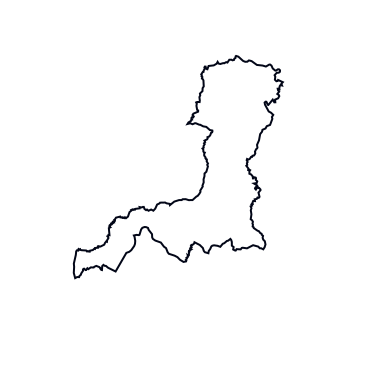 Jesús María, Santander, Colombia, rotated 321°
{"feature_id": "7082276B47652322340451", "entity_name": "Jesús María", "entity_type": "district", "adm_level": 2, "iso_a3": "COL", "parent_name": "Colombia", "parent_adm1": "Santander", "projection": "orthographic", "projection_center": [-73.834, 5.851], "detail": "fine", "context": "isolated", "style": "outline", "palette": "ink", "viewbox_px": 384, "rotation_deg": 321, "n_neighbors": 0, "source": "geoboundaries", "source_scale": "gbopen_adm2", "svg_char_len": 6099}
<svg xmlns="http://www.w3.org/2000/svg" viewBox="0 0 384 384"><g transform="rotate(321 192 192)"><path d="M331.7,163.8L329.4,159.1L328.4,159.6L327.3,159.0L327.1,156.9L329.3,154.8L329.7,153.2L332.8,152.7L334.6,153.9L336.0,153.9L337.0,152.8L336.8,151.4L335.9,150.7L333.6,150.5L333.1,150.0L332.5,146.8L333.3,143.8L332.9,142.1L332.2,141.6L328.4,141.0L326.4,138.1L322.4,134.1L320.7,127.8L319.4,126.0L318.9,125.5L317.1,125.6L315.3,124.3L314.2,122.3L313.2,116.0L311.9,114.0L311.3,114.0L310.1,115.2L308.8,115.0L307.8,115.8L306.4,115.2L305.8,113.9L304.2,112.7L301.0,113.7L300.3,112.6L298.0,112.2L297.4,111.5L294.5,110.3L293.5,108.9L293.8,107.0L291.9,107.8L288.6,107.3L284.2,104.5L281.2,106.3L280.9,105.9L280.9,104.3L281.5,103.1L280.9,102.6L279.9,103.1L279.4,104.4L277.7,104.8L276.5,105.9L275.9,105.5L273.2,106.4L273.2,107.4L272.2,108.1L272.4,109.2L271.1,110.1L271.4,111.2L271.1,112.5L267.6,117.3L265.6,118.0L263.6,120.2L260.1,120.5L259.2,122.1L257.5,122.9L255.6,125.9L254.5,126.9L252.7,125.3L251.6,125.0L251.3,126.4L249.7,127.8L247.7,131.4L248.1,132.5L247.3,133.4L242.4,132.0L240.9,132.5L240.9,134.4L239.8,134.8L239.0,133.9L238.0,134.2L237.6,135.8L236.7,135.5L236.1,136.1L233.0,135.7L231.3,136.3L233.9,137.5L235.1,139.7L237.6,140.4L238.3,141.1L240.0,144.3L240.7,144.9L242.0,148.0L244.1,150.4L244.9,155.1L246.5,157.0L246.2,157.6L245.2,158.3L244.1,158.0L242.0,159.3L240.3,159.7L238.5,159.1L238.0,160.1L237.0,160.6L234.3,160.0L234.4,160.4L233.5,161.0L233.5,161.5L232.0,161.7L232.0,162.8L229.8,163.6L229.0,164.9L227.5,164.8L227.5,166.1L226.3,167.7L226.2,169.1L226.6,169.5L225.4,170.1L224.4,171.4L224.3,173.7L223.7,174.2L223.6,175.4L224.0,175.7L223.9,176.3L222.7,177.4L222.3,180.0L220.9,180.5L220.5,182.1L215.9,185.3L213.4,185.5L211.6,187.6L209.0,189.4L207.1,191.9L204.2,193.6L203.8,194.5L199.3,196.1L198.7,197.2L196.7,198.0L194.0,198.6L192.5,198.3L187.3,198.6L184.3,196.2L182.6,193.6L180.1,191.7L178.9,191.8L177.0,190.2L172.2,188.3L166.6,188.3L167.2,187.2L165.1,184.8L164.5,183.3L160.5,180.2L159.5,180.4L157.0,179.8L153.0,181.8L150.2,182.2L149.2,179.9L146.4,179.2L146.0,177.3L144.9,177.2L144.4,175.3L145.4,172.5L145.1,172.9L143.1,172.3L142.0,171.0L141.9,171.5L141.5,171.4L141.1,171.8L137.6,169.6L136.5,169.8L136.3,169.0L135.1,168.9L134.9,168.1L133.4,167.7L133.3,168.3L130.8,168.3L126.8,170.8L124.2,170.8L124.0,169.5L122.3,170.0L122.8,169.7L122.7,169.3L121.8,168.5L122.2,168.1L121.7,167.6L120.4,166.7L120.7,165.9L116.8,164.1L115.0,164.7L114.3,165.5L113.9,165.0L113.3,165.9L112.6,165.5L112.3,166.3L111.7,165.7L111.3,166.5L110.9,166.5L110.9,165.6L109.8,165.8L110.4,166.4L110.1,166.5L109.3,165.8L109.0,166.5L107.9,166.0L107.6,166.0L107.6,166.5L106.4,166.5L106.5,167.1L105.7,167.4L106.0,168.0L104.6,167.8L100.7,173.6L100.0,172.8L99.3,173.4L98.4,173.2L98.4,174.6L97.9,175.3L95.8,176.0L94.6,177.1L94.3,176.4L92.1,176.9L90.7,177.7L86.5,176.8L85.0,175.0L84.7,175.0L84.6,176.1L84.1,176.3L81.4,174.5L80.7,175.2L80.2,174.6L78.4,174.7L75.8,173.4L75.0,174.0L74.2,173.2L74.0,172.4L73.0,172.2L72.9,170.8L69.6,167.8L68.7,166.6L69.0,166.0L68.3,165.8L68.0,164.9L67.0,165.3L67.2,165.8L66.8,166.0L65.7,164.9L64.6,165.3L62.1,167.8L55.1,173.3L53.3,176.0L49.2,180.5L47.0,185.4L49.2,185.8L50.7,187.1L51.8,186.4L53.5,186.4L54.6,185.6L57.8,184.6L58.4,183.7L59.3,183.4L60.0,183.8L60.1,185.6L60.6,186.0L62.7,185.4L62.9,186.7L65.9,186.9L68.1,188.8L68.9,188.6L71.1,189.2L72.7,192.0L72.9,193.1L72.5,193.7L72.5,195.5L72.9,196.0L75.6,193.1L77.3,192.9L77.6,194.3L78.6,195.3L79.1,198.0L82.6,205.7L102.7,198.0L105.6,199.0L108.2,199.0L113.1,197.6L115.1,196.4L117.1,194.3L119.2,190.6L119.5,189.2L121.9,190.4L123.6,192.1L124.3,192.2L128.9,189.1L130.9,188.6L133.0,189.3L134.1,190.2L135.2,192.2L134.5,194.1L134.4,199.6L132.5,202.2L132.1,203.8L132.9,206.6L136.0,211.7L135.8,216.8L136.5,219.3L135.2,223.4L135.1,225.4L138.4,230.5L139.7,233.5L140.0,237.1L141.4,241.0L143.7,242.2L144.6,241.6L144.6,240.8L146.1,240.5L146.3,239.7L147.5,240.0L148.1,239.2L148.6,239.2L148.9,238.5L149.1,239.3L149.9,239.1L150.9,237.8L152.4,236.8L152.0,236.4L152.6,235.8L154.7,236.1L154.3,235.6L155.5,235.1L155.2,234.7L155.8,234.4L156.1,235.0L156.6,235.0L156.5,234.1L157.5,233.8L157.6,232.9L158.2,232.8L158.4,233.4L161.1,233.4L162.3,232.6L164.7,238.1L165.2,242.4L164.1,245.2L164.1,246.9L166.2,249.9L167.9,248.4L170.2,247.8L172.7,246.5L174.0,246.5L175.6,247.3L178.0,249.9L179.5,252.4L183.3,251.6L184.9,252.1L188.3,252.0L189.5,252.6L192.3,252.6L192.3,253.9L191.5,255.9L189.2,258.8L189.7,261.0L187.8,262.6L188.6,264.5L189.1,265.0L190.7,264.5L193.7,267.2L195.5,266.8L196.3,267.2L199.3,270.4L206.0,271.8L209.1,276.1L209.3,278.4L210.3,279.2L211.3,281.4L213.7,280.6L216.1,279.0L217.6,276.1L217.4,273.8L218.1,272.0L219.6,270.8L219.3,269.1L219.8,268.2L219.2,266.8L219.3,264.5L218.6,263.4L217.3,258.9L217.7,258.2L217.4,257.0L218.8,255.8L219.1,254.6L220.6,253.5L220.9,251.8L220.5,250.1L224.1,246.8L226.2,243.2L228.0,242.0L228.5,240.1L230.0,240.4L230.2,239.1L230.8,238.9L231.7,239.5L232.2,238.4L233.9,237.5L235.2,238.7L236.1,237.1L238.0,238.1L239.4,237.5L240.1,238.5L240.9,238.5L241.5,238.1L243.3,234.3L246.4,233.7L246.8,233.1L246.7,231.1L246.1,230.7L246.3,229.7L245.1,229.6L243.2,230.3L243.1,229.0L244.0,228.4L246.5,228.3L246.8,227.9L245.5,224.4L247.9,225.7L249.4,224.8L249.2,222.7L250.5,221.5L250.5,220.8L249.7,219.8L248.4,220.2L247.9,219.8L249.0,218.1L249.0,215.6L248.1,213.9L249.8,211.9L250.9,211.6L250.6,210.7L249.6,210.7L249.4,210.3L250.6,209.3L250.7,205.8L252.0,205.7L252.8,204.1L254.1,203.7L254.5,201.7L255.6,201.0L256.2,202.3L257.7,202.6L260.0,201.9L260.8,202.5L261.8,201.9L262.9,202.6L264.2,202.4L265.5,201.8L266.3,200.3L268.7,199.1L270.0,199.1L270.8,198.7L272.2,196.3L276.6,194.0L281.4,189.9L284.4,189.2L285.9,188.0L289.1,188.9L291.5,187.9L294.9,189.0L300.5,185.7L301.3,184.0L303.7,183.2L303.3,180.1L302.3,177.7L303.7,170.1L304.7,168.2L306.0,168.1L306.6,168.7L305.8,171.9L306.1,172.4L312.9,171.0L312.4,174.1L313.2,174.7L314.7,172.5L317.9,173.4L320.2,172.4L320.5,171.4L320.0,169.5L322.9,168.9L322.9,167.1L323.6,165.7L324.0,166.0L324.0,167.1L324.5,167.4L325.2,166.2L326.9,164.9L328.0,164.6L329.0,165.9L329.6,164.1L331.7,163.8Z" fill="none" stroke="#020617" stroke-width="2"/></g></svg>